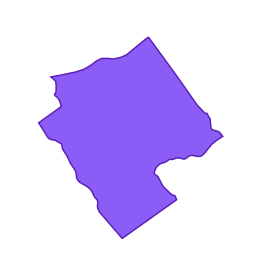 the border of Collines, rotated 144°
{"feature_id": "BEN-2171", "entity_name": "Collines", "entity_type": "Department", "adm_level": 1, "iso_a3": "BEN", "parent_name": "Benin", "parent_adm1": "", "projection": "orthographic", "projection_center": [2.189, 8.101], "detail": "fine", "context": "isolated", "style": "filled", "palette": "violet", "viewbox_px": 256, "rotation_deg": 144, "n_neighbors": 0, "source": "natural_earth", "source_scale": "10m", "svg_char_len": 1588}
<svg xmlns="http://www.w3.org/2000/svg" viewBox="0 0 256 256"><g transform="rotate(144 128 128)"><path d="M191.3,154.6L191.4,155.1L192.4,156.7L193.9,160.4L196.9,163.8L198.0,165.6L198.4,167.4L197.2,184.7L171.0,184.6L169.3,184.7L167.4,190.0L167.1,193.6L168.0,197.0L167.7,198.4L165.9,199.0L164.6,199.8L160.6,205.5L159.1,208.3L159.5,211.4L160.4,214.6L137.6,204.1L128.6,201.3L121.2,200.6L114.5,200.8L108.5,199.8L103.7,196.4L98.9,192.2L92.0,189.3L86.3,188.1L60.6,189.6L58.1,189.3L58.1,187.1L58.0,161.7L58.0,141.4L58.3,121.0L58.6,106.3L57.2,95.3L56.6,94.1L55.9,93.8L55.5,93.3L56.1,90.2L56.1,88.0L56.3,86.9L60.5,80.0L61.0,77.7L60.4,76.4L57.2,72.3L56.5,70.8L56.4,69.3L56.3,65.5L58.6,65.7L65.4,65.9L67.8,65.7L68.5,65.7L69.9,65.6L80.9,62.6L83.0,62.3L84.5,62.2L85.3,62.4L86.7,62.9L87.7,63.6L88.7,64.4L92.1,68.1L92.6,68.5L93.2,68.8L93.9,69.1L94.6,69.3L95.4,69.4L99.2,69.4L100.0,69.5L100.6,69.7L101.1,70.1L101.6,70.5L103.5,73.0L104.4,73.9L105.5,74.6L106.7,75.2L110.4,76.4L111.0,76.7L112.4,77.9L113.0,78.1L113.7,78.3L116.8,78.3L118.3,78.5L121.8,79.8L122.6,80.0L123.4,80.0L126.4,79.9L128.5,79.3L130.0,78.6L131.1,77.9L132.9,76.5L133.9,75.0L133.2,74.2L132.3,71.1L134.0,60.2L131.9,48.7L131.0,47.0L129.8,45.4L130.8,41.4L197.6,42.1L200.2,73.3L200.5,77.1L199.5,81.4L198.5,82.9L196.0,85.8L195.3,87.4L195.3,88.5L195.6,90.9L195.6,92.1L194.6,97.4L194.5,99.8L195.0,102.9L195.9,105.7L198.4,111.1L199.3,113.8L199.2,116.6L198.3,119.0L196.9,121.1L196.0,123.3L195.6,125.6L195.3,133.3L193.8,141.4L193.3,149.5L192.8,150.6L191.5,153.1L191.3,154.0L191.3,154.6Z" fill="#8b5cf6" stroke="#5b21b6" stroke-width="1.5"/></g></svg>